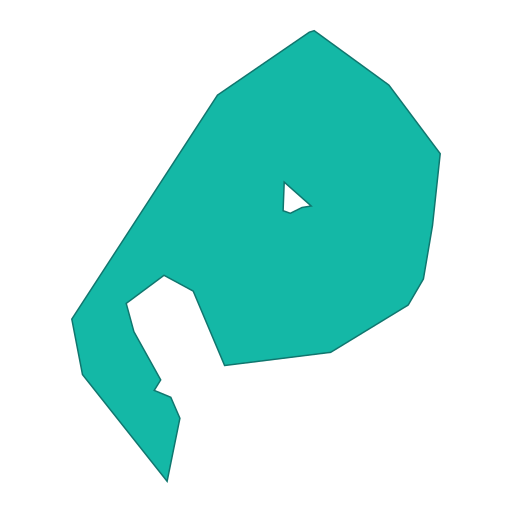 Manassas, Virginia, United States of America (orthographic projection)
{"feature_id": "52423323B4882289186137", "entity_name": "Manassas", "entity_type": "district", "adm_level": 2, "iso_a3": "USA", "parent_name": "United States of America", "parent_adm1": "Virginia", "projection": "orthographic", "projection_center": [-77.487, 38.744], "detail": "fine", "context": "isolated", "style": "filled", "palette": "teal", "viewbox_px": 512, "rotation_deg": 0, "n_neighbors": 0, "source": "geoboundaries", "source_scale": "gbopen_adm2", "svg_char_len": 462}
<svg xmlns="http://www.w3.org/2000/svg" viewBox="0 0 512 512"><path d="M309.3,32.2L217.5,95.1L71.8,319.1L82.5,374.6L167.1,481.3L179.9,418.3L170.8,397.3L154.2,390.4L160.7,379.9L133.9,331.7L126.2,303.4L164.0,275.3L193.2,291.1L224.6,365.5L330.7,352.3L408.2,305.0L423.4,279.0L432.5,225.5L440.2,153.7L388.9,85.1L314.2,30.7L309.3,32.2ZM283.1,210.7L284.2,182.1L311.2,206.0L302.0,207.5L290.3,213.3L283.1,210.7Z" fill="#14b8a6" stroke="#0f766e" stroke-width="1.5"/></svg>